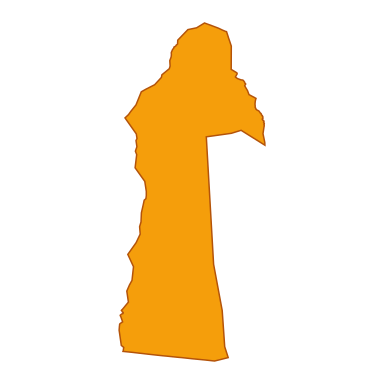 Shinejinst, Bayanhongor, Mongolia (orthographic projection)
{"feature_id": "93677404B41329539595641", "entity_name": "Shinejinst", "entity_type": "district", "adm_level": 2, "iso_a3": "MNG", "parent_name": "Mongolia", "parent_adm1": "Bayanhongor", "projection": "orthographic", "projection_center": [99.408, 43.736], "detail": "fine", "context": "isolated", "style": "filled", "palette": "amber", "viewbox_px": 384, "rotation_deg": 0, "n_neighbors": 0, "source": "geoboundaries", "source_scale": "gbopen_adm2", "svg_char_len": 3368}
<svg xmlns="http://www.w3.org/2000/svg" viewBox="0 0 384 384"><path d="M123.0,351.4L124.0,351.5L131.9,352.3L139.6,353.2L140.7,353.3L148.4,354.2L155.6,355.0L163.2,355.8L166.5,356.1L169.4,356.4L172.2,356.7L179.2,357.4L181.8,357.6L191.8,358.7L192.7,358.8L198.0,359.3L205.3,360.0L212.6,360.8L214.6,361.0L220.7,359.5L228.2,357.6L224.7,346.7L223.8,333.6L222.2,310.5L213.6,264.3L206.3,136.8L212.2,136.0L231.4,133.3L241.1,130.3L264.9,145.2L264.8,142.5L263.0,133.7L264.0,126.9L264.1,126.6L264.1,126.2L264.2,125.9L264.1,125.7L264.2,125.1L264.2,124.8L264.1,124.5L263.9,124.3L263.9,124.2L264.2,123.9L264.2,123.5L264.3,123.3L264.2,123.1L263.9,122.8L263.7,122.6L263.6,122.4L263.7,122.2L264.0,121.8L264.0,121.6L263.9,121.4L263.7,121.3L263.6,121.0L263.7,120.7L263.3,120.4L263.2,120.3L262.9,120.3L262.8,120.1L262.7,119.9L262.7,119.6L262.5,119.4L262.3,119.3L262.3,119.0L262.3,118.9L262.6,118.5L262.9,118.3L263.0,118.2L262.9,117.7L262.8,117.3L262.7,116.9L262.8,116.5L262.6,116.2L262.3,116.0L262.3,115.7L262.2,115.5L262.0,115.3L261.6,115.0L261.5,114.8L261.4,114.7L261.3,114.0L261.2,113.8L260.7,113.3L260.6,113.1L260.4,113.0L260.2,112.9L259.7,112.1L259.4,111.7L258.9,111.0L258.3,110.7L258.0,110.5L257.4,110.3L257.0,110.0L256.5,109.6L256.3,109.4L255.8,109.0L255.7,108.7L255.8,108.3L255.7,108.1L255.5,107.9L255.3,107.7L255.2,107.4L255.1,107.1L255.2,106.6L255.2,106.3L255.2,105.9L255.1,105.3L255.1,104.9L255.0,104.2L255.3,101.0L255.7,99.4L256.0,98.4L249.0,94.6L247.5,90.6L244.9,86.2L244.7,85.8L244.8,85.4L245.1,85.1L245.5,84.4L245.7,84.0L245.6,83.8L245.5,83.7L245.2,83.6L245.0,83.4L244.9,83.2L244.8,82.7L244.6,82.1L244.4,81.9L244.1,81.6L243.8,81.0L243.2,80.4L242.9,80.1L242.4,80.0L241.3,79.9L240.8,79.8L240.6,79.6L240.1,79.6L239.8,79.5L239.5,79.3L239.0,79.1L238.3,78.9L237.4,78.5L236.8,78.1L236.3,77.7L235.9,77.4L235.4,77.0L235.4,76.9L235.6,76.6L236.0,75.9L236.3,75.4L236.5,75.0L236.7,74.6L237.1,74.0L237.1,73.6L237.1,73.3L237.0,73.1L236.8,72.8L231.2,69.4L231.3,46.1L229.7,41.3L228.6,38.1L227.7,35.2L226.5,31.6L225.8,31.5L222.5,30.1L218.5,28.2L214.3,26.6L204.5,23.0L196.6,27.8L187.9,29.6L177.8,40.1L177.7,40.3L177.7,41.1L177.7,41.6L177.6,42.5L177.6,43.4L177.6,44.0L177.4,44.2L177.0,44.5L176.7,44.8L176.2,45.1L176.0,45.7L175.6,46.1L175.2,46.4L174.6,46.7L174.4,46.8L174.3,47.0L174.1,47.1L173.9,47.2L173.9,47.6L173.8,48.0L173.5,48.4L173.0,49.0L172.5,49.7L172.0,50.9L171.7,51.7L171.4,52.2L171.3,52.6L171.3,53.2L171.4,54.8L171.2,56.5L171.1,57.1L169.8,60.6L170.1,66.1L169.3,68.7L161.9,74.8L161.4,77.4L154.7,84.7L145.9,89.2L141.3,91.8L136.0,104.9L130.8,111.4L128.5,114.6L125.0,117.9L136.3,133.9L137.0,138.5L136.0,140.6L136.9,146.7L135.4,151.2L136.7,154.6L135.1,167.8L144.8,181.4L146.3,191.4L146.3,195.7L145.9,198.7L144.2,200.2L143.2,204.9L141.4,212.8L141.0,222.0L139.6,226.7L140.2,234.1L136.1,242.7L127.8,254.4L133.5,266.7L132.0,280.4L129.5,284.9L126.8,291.1L128.4,302.1L122.4,309.4L121.8,309.9L121.4,310.5L122.0,311.1L122.4,311.9L122.5,312.1L122.9,312.2L123.2,312.5L123.2,312.8L123.1,313.2L123.0,313.4L122.9,313.6L122.7,313.7L121.9,313.9L120.7,314.8L120.3,315.1L120.2,315.4L120.3,315.8L120.7,316.4L122.2,320.6L122.6,321.9L120.8,323.1L120.2,323.5L119.9,323.8L119.6,324.4L119.6,325.1L119.5,325.6L119.4,326.3L119.4,326.7L119.3,327.6L119.3,328.2L119.2,328.7L119.2,329.4L119.1,330.1L119.2,330.7L121.3,345.4L123.7,347.4L123.2,350.9L123.0,351.4Z" fill="#f59e0b" stroke="#b45309" stroke-width="1.5"/></svg>